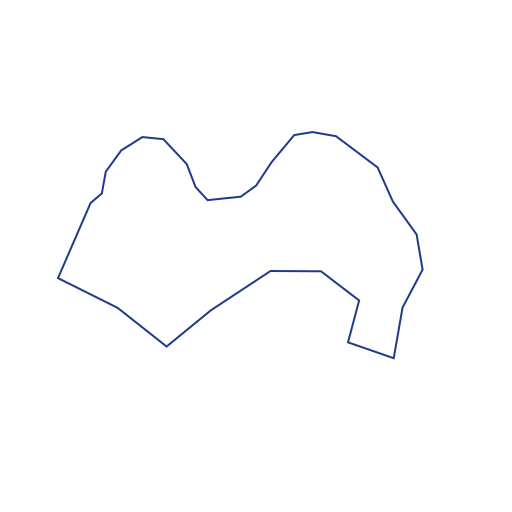 the Unitary Authority of Royal Borough of Windsor and Maidenhead, rotated 311°
{"feature_id": "GBR-5703", "entity_name": "Royal Borough of Windsor and Maidenhead", "entity_type": "Unitary Authority", "adm_level": 1, "iso_a3": "GBR", "parent_name": "United Kingdom", "parent_adm1": "", "projection": "albers", "projection_center": [-0.692, 51.465], "detail": "fine", "context": "isolated", "style": "outline", "palette": "blue", "viewbox_px": 512, "rotation_deg": 311, "n_neighbors": 0, "source": "natural_earth", "source_scale": "10m", "svg_char_len": 520}
<svg xmlns="http://www.w3.org/2000/svg" viewBox="0 0 512 512"><g transform="rotate(311 256 256)"><path d="M247.3,85.0L271.2,92.2L283.4,109.4L279.9,143.5L268.4,165.1L266.4,182.8L290.8,205.6L309.3,209.9L337.0,206.2L372.3,205.5L386.5,217.2L398.9,237.8L402.6,289.8L386.9,323.5L377.6,363.1L355.0,390.7L313.3,400.4L269.2,427.0L251.2,382.1L290.1,363.0L287.1,315.1L254.2,276.8L185.6,257.6L129.0,247.9L126.1,185.7L109.4,121.1L187.4,96.4L202.1,98.6L221.1,87.3L247.3,85.0Z" fill="none" stroke="#1e3a8a" stroke-width="2"/></g></svg>